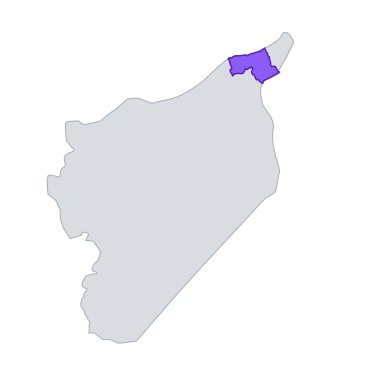 Quamishli, Hasaka (Al Haksa), Syria shown in context, rotated 344°
{"feature_id": "27442178B53577550578456", "entity_name": "Quamishli", "entity_type": "district", "adm_level": 2, "iso_a3": "SYR", "parent_name": "Syria", "parent_adm1": "Hasaka (Al Haksa)", "projection": "mercator", "projection_center": [41.203, 36.804], "detail": "fine", "context": "in_parent", "style": "filled", "palette": "violet", "viewbox_px": 384, "rotation_deg": 344, "n_neighbors": 0, "source": "geoboundaries", "source_scale": "gbopen_adm2", "svg_char_len": 4249}
<svg xmlns="http://www.w3.org/2000/svg" viewBox="0 0 384 384"><g transform="rotate(344 192 192)"><path d="M58.3,136.6L61.5,136.9L68.2,141.0L69.3,140.9L71.4,135.5L73.4,133.6L77.5,132.0L78.7,123.3L80.6,121.6L83.0,120.7L86.6,120.5L89.7,120.0L89.9,118.5L85.5,108.3L85.9,105.7L88.0,95.5L89.4,91.5L90.6,90.2L95.6,90.7L102.6,92.5L104.4,95.4L107.8,98.0L112.9,97.9L118.8,98.4L123.4,98.5L127.1,96.7L135.4,93.3L139.5,92.1L143.3,90.6L155.3,84.9L160.1,85.4L163.4,86.1L165.9,87.0L171.6,90.9L176.3,94.8L179.6,95.9L185.4,95.8L194.0,96.6L204.4,96.5L210.5,95.4L218.4,93.5L232.3,88.9L250.6,79.3L261.3,74.6L266.0,74.0L272.0,74.0L278.1,75.2L284.9,76.1L288.1,76.0L295.5,75.0L305.1,73.1L311.2,71.5L318.5,68.8L323.0,64.5L324.5,64.0L326.4,64.8L327.3,65.1L329.1,67.6L331.1,74.0L331.1,74.7L330.7,76.5L325.9,81.8L319.5,88.9L314.8,93.4L307.0,101.0L301.2,102.6L291.3,105.3L288.7,107.9L286.2,112.2L284.8,118.0L284.4,121.6L284.1,128.4L286.4,135.4L288.6,142.1L288.9,146.5L288.7,150.9L286.5,155.6L284.2,162.0L282.9,169.2L282.2,182.6L282.2,194.0L282.0,195.9L277.9,203.9L273.2,213.3L271.0,215.5L260.7,218.3L249.3,225.1L236.7,232.8L225.2,239.7L213.2,247.0L200.7,254.5L191.8,259.9L179.8,267.0L169.0,273.9L157.9,280.8L149.6,286.0L136.8,294.3L129.4,299.2L118.4,306.3L108.8,312.6L97.4,320.0L83.1,317.8L78.6,316.5L74.9,313.0L72.1,311.1L65.4,309.2L61.0,302.5L58.4,300.2L53.9,299.1L55.8,294.8L56.2,292.0L58.1,288.6L56.9,286.3L56.3,281.5L55.5,280.3L55.2,279.1L55.8,277.5L55.6,276.0L54.8,275.3L54.4,272.9L53.8,271.1L54.1,268.9L55.1,267.5L56.1,264.8L57.3,264.0L59.3,262.3L59.8,260.6L61.5,258.8L63.8,257.4L64.3,256.3L64.0,255.6L61.7,254.3L60.4,252.1L61.5,248.8L62.3,247.8L63.7,246.2L66.8,243.8L69.2,243.4L71.3,243.4L74.8,243.6L77.6,244.0L78.3,243.4L78.2,242.6L74.8,240.6L74.6,239.0L75.4,237.3L77.8,234.6L80.7,232.7L82.2,232.3L85.4,228.4L87.5,223.9L84.1,213.1L82.1,211.4L78.7,209.9L76.8,209.7L76.6,209.0L79.3,206.3L81.1,203.9L79.1,201.6L75.4,200.5L74.0,202.9L69.2,203.1L61.9,203.1L58.6,191.6L58.1,186.7L58.2,180.9L60.5,172.5L59.4,168.6L59.3,165.9L58.7,162.3L52.9,154.5L56.1,140.1L58.3,136.6Z" fill="#d9dde1" stroke="#a8b0b8" stroke-width="1"/><path d="M289.9,107.0L290.8,105.4L291.1,104.9L292.9,104.5L297.0,103.8L303.5,102.5L304.5,102.3L305.9,101.9L306.0,101.9L308.5,101.2L309.0,100.9L308.0,99.5L307.4,97.9L307.1,96.6L306.8,95.0L306.7,94.4L306.4,94.1L305.0,93.7L304.2,93.5L303.2,93.3L302.8,92.8L302.6,91.5L303.0,90.1L303.2,89.0L303.1,86.6L303.1,85.1L303.7,83.8L302.7,82.5L302.5,81.1L302.8,80.3L302.7,79.2L301.9,77.6L301.8,75.7L301.4,73.8L300.7,74.0L300.3,74.1L300.2,74.2L298.6,74.9L298.0,75.0L297.8,75.1L297.3,75.2L297.0,75.3L296.7,75.3L295.4,75.5L294.9,75.5L291.4,75.5L291.0,75.5L290.1,75.5L289.4,75.5L289.2,75.5L288.4,75.5L285.8,75.5L285.2,75.6L284.9,75.7L284.6,75.8L284.3,76.0L284.2,76.1L283.7,76.3L283.2,76.4L282.7,76.2L282.5,75.7L282.4,75.6L281.5,75.2L280.9,74.9L280.6,74.9L280.4,74.9L279.4,74.8L279.2,74.8L278.8,74.8L278.8,74.7L278.6,74.7L278.3,74.7L277.3,74.4L276.6,74.3L276.3,74.2L275.1,74.1L273.9,73.8L272.6,73.5L272.4,73.5L272.3,73.4L272.2,73.4L271.8,73.2L271.6,73.2L271.4,73.1L271.2,73.1L270.4,73.0L268.9,73.2L268.3,73.5L267.8,74.0L267.6,74.1L267.4,74.1L267.0,74.0L266.9,74.0L266.7,74.0L266.6,73.8L266.5,73.6L266.4,73.5L266.3,73.4L266.0,73.4L265.3,73.4L264.7,73.4L264.4,73.5L263.8,73.8L263.5,74.0L263.4,74.1L263.9,75.0L264.0,75.2L264.0,75.7L264.2,76.9L264.0,78.7L264.0,79.5L264.1,80.3L264.4,82.1L264.3,83.6L264.1,84.1L263.7,84.7L263.0,84.7L262.3,85.4L262.1,85.9L262.0,86.4L262.1,87.3L262.6,88.6L262.9,89.7L262.9,90.8L263.1,91.5L263.7,91.4L264.1,91.0L264.5,90.7L264.6,90.0L265.3,90.0L266.5,90.5L267.5,90.4L268.8,90.4L270.1,91.1L270.6,91.4L273.6,92.0L275.1,90.9L277.0,88.7L277.5,88.1L277.8,88.7L278.5,89.4L279.3,89.4L279.6,89.2L279.9,88.8L280.3,88.6L280.6,88.5L281.0,88.5L281.8,88.9L282.2,88.8L282.4,88.6L282.6,88.4L282.9,88.2L283.1,88.2L283.4,88.1L283.6,88.1L283.8,88.3L284.0,88.8L284.0,89.3L284.5,89.6L284.1,90.3L283.9,90.9L283.7,91.6L283.0,92.1L282.6,92.4L282.3,93.1L282.4,94.8L282.8,95.6L282.9,95.9L283.2,96.0L283.7,96.4L283.9,96.7L284.2,97.1L284.2,97.4L284.3,98.7L284.5,100.5L284.9,101.7L285.1,102.0L285.9,102.1L286.3,102.1L286.8,102.3L287.0,102.6L287.1,103.4L287.4,104.2L287.9,104.9L289.5,106.6L289.9,107.0L289.9,107.0Z" fill="#8b5cf6" stroke="#5b21b6" stroke-width="1.5"/></g></svg>